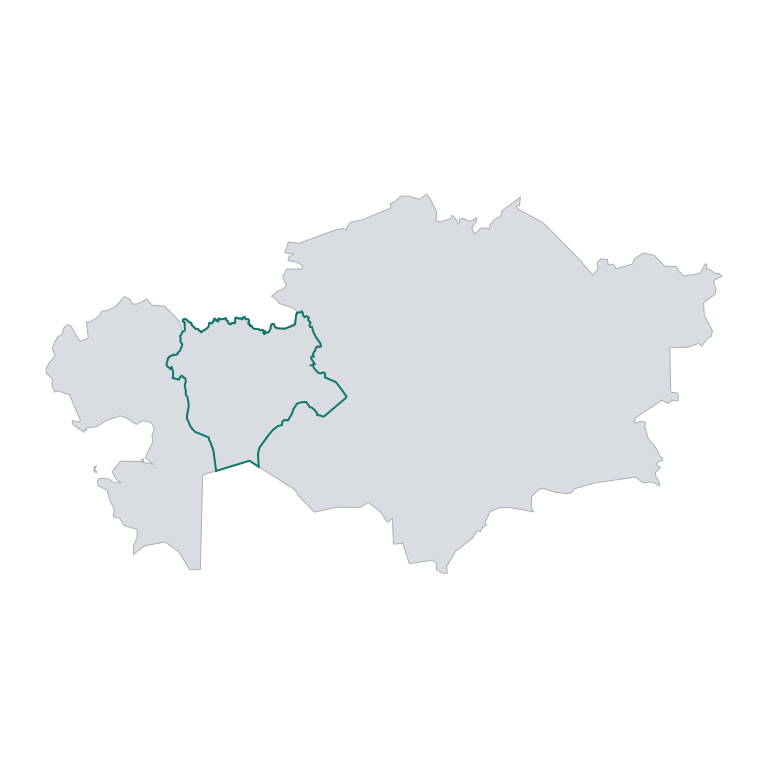 where Aqtöbe sits in Kazakhstan
{"feature_id": "KAZ-3195", "entity_name": "Aqtöbe", "entity_type": "Region", "adm_level": 1, "iso_a3": "KAZ", "parent_name": "Kazakhstan", "parent_adm1": "", "projection": "albers", "projection_center": [57.897, 48.229], "detail": "fine", "context": "in_parent", "style": "outline", "palette": "teal", "viewbox_px": 768, "rotation_deg": 0, "n_neighbors": 0, "source": "natural_earth", "source_scale": "10m", "svg_char_len": 8775}
<svg xmlns="http://www.w3.org/2000/svg" viewBox="0 0 768 768"><path d="M486.5,524.9L482.4,527.6L480.5,531.4L477.1,530.9L472.1,538.4L455.6,551.2L446.6,566.7L447.3,573.1L444.2,573.6L436.4,569.8L436.9,564.0L432.9,560.2L409.3,563.6L402.8,543.3L393.5,544.1L392.5,518.7L387.2,522.2L380.3,511.7L368.3,502.4L360.1,507.4L336.9,507.2L314.4,512.1L298.1,495.4L295.0,489.8L249.6,461.0L202.7,475.0L200.3,569.3L189.7,569.7L179.1,552.1L165.5,542.0L144.9,545.7L133.4,554.4L133.4,546.1L137.0,538.0L137.2,529.4L124.2,525.7L119.4,517.8L113.4,516.9L114.2,509.1L110.4,501.8L107.1,490.1L98.3,485.8L97.2,482.2L98.3,479.2L100.4,478.3L108.7,479.0L114.2,482.8L121.0,482.6L116.9,480.0L112.1,471.7L120.4,461.2L138.8,461.4L152.6,464.2L145.3,457.5L152.8,442.0L152.0,434.6L154.2,429.8L152.7,424.8L150.2,422.1L142.7,420.7L136.3,424.4L127.5,418.5L120.1,415.8L106.3,420.5L96.2,426.8L86.5,427.8L86.4,430.6L85.1,429.8L83.6,430.9L83.9,432.2L73.6,425.1L72.1,422.7L72.5,420.6L78.9,422.1L80.4,420.5L69.6,394.9L58.1,390.9L54.6,392.1L52.0,386.3L52.5,379.0L46.3,373.4L46.1,369.1L48.5,363.5L55.3,355.5L52.3,349.4L53.1,346.0L57.2,337.4L61.9,334.3L64.2,327.5L67.5,324.6L70.7,325.6L79.3,340.3L80.9,341.2L86.5,339.3L88.2,337.3L86.4,321.6L89.4,322.2L98.5,316.8L101.9,311.1L107.3,310.5L115.6,306.4L124.4,296.7L130.1,299.3L132.6,304.0L136.8,304.1L147.0,299.1L152.2,305.3L164.5,306.1L176.8,318.2L181.1,325.1L181.7,330.2L183.0,331.5L184.7,328.3L183.3,320.9L184.9,319.3L196.3,328.6L201.5,330.9L207.5,327.7L209.2,324.4L214.9,320.0L217.0,321.0L223.4,318.9L230.3,323.5L233.7,322.6L236.8,318.3L245.2,319.0L253.8,328.5L263.1,330.2L264.3,333.5L269.0,331.1L272.9,324.1L279.0,328.3L287.4,327.6L294.5,323.0L297.2,313.4L296.6,311.0L293.4,308.1L278.8,303.3L277.4,300.2L271.6,296.2L277.8,291.1L281.6,290.3L286.5,285.3L282.7,276.8L286.7,269.0L301.2,269.0L302.8,267.4L301.6,264.8L295.9,262.0L288.7,260.8L288.1,259.6L289.0,256.7L293.6,254.5L292.6,253.1L289.2,254.0L285.0,252.4L288.4,242.0L299.1,243.4L336.6,229.5L343.6,228.6L346.2,229.8L348.0,225.1L351.3,222.0L362.3,219.8L390.0,208.4L391.1,206.3L390.2,203.6L394.7,201.9L400.6,196.3L408.3,196.0L419.1,199.3L426.7,194.4L429.9,198.4L436.3,211.0L436.8,217.1L435.8,219.9L436.6,221.1L440.5,221.8L450.2,218.8L452.4,215.3L456.3,219.8L458.1,224.2L459.9,222.4L459.1,220.1L459.8,218.8L464.3,218.7L469.7,221.5L476.5,217.9L476.6,220.8L472.1,227.5L472.4,230.3L475.0,233.8L480.9,228.0L486.4,228.0L489.0,229.7L489.7,225.4L494.4,219.7L499.7,216.7L501.6,214.2L501.8,211.0L520.3,197.3L519.5,205.3L516.0,206.0L517.7,209.0L542.9,222.5L579.6,259.7L592.8,275.1L598.3,268.9L597.0,262.9L600.6,258.9L607.4,259.5L608.2,265.2L613.2,264.0L616.1,268.9L632.2,264.1L634.9,258.6L643.3,253.1L654.2,255.3L664.6,266.2L676.5,266.7L678.2,270.7L684.3,276.1L700.2,273.3L705.3,263.7L706.9,265.3L706.5,269.1L710.1,269.8L715.0,273.4L719.3,273.6L721.9,276.2L714.2,280.3L714.0,283.4L716.1,289.3L715.0,294.4L703.6,302.8L704.3,315.4L712.4,330.6L711.3,336.2L707.5,338.4L701.9,346.1L698.7,343.4L687.9,347.3L669.8,347.7L670.7,390.6L671.5,392.4L677.2,393.1L678.4,396.3L678.0,401.0L672.9,400.1L667.8,403.4L661.9,400.1L636.2,417.3L633.8,421.3L636.6,422.8L641.1,421.2L645.7,422.3L644.7,427.0L648.1,438.2L657.3,449.7L659.5,455.8L662.8,458.8L662.6,460.5L660.0,460.6L656.5,463.9L656.9,465.7L660.5,467.3L655.4,472.5L655.5,475.4L660.1,484.5L659.5,485.9L652.6,482.0L643.1,482.9L635.5,477.2L595.0,482.8L574.2,488.9L571.1,492.9L566.0,493.5L555.1,492.2L542.4,488.1L537.9,490.3L531.6,496.6L531.3,507.4L533.5,511.8L509.1,507.5L499.2,507.7L490.1,511.6L485.0,522.7L486.5,524.9ZM96.9,472.0L95.2,472.4L93.7,469.5L94.5,466.8L96.2,466.0L94.5,469.3L96.9,472.0ZM143.4,461.5L141.9,461.0L141.2,459.8L143.2,458.8L143.4,461.5Z" fill="#d9dde1" stroke="#a8b0b8" stroke-width="1"/><path d="M258.7,466.8L257.1,465.8L254.8,464.2L253.0,463.1L251.9,462.3L251.5,462.1L250.1,461.1L249.6,460.9L249.1,460.9L247.7,461.3L246.6,461.6L245.5,462.0L244.4,462.3L243.3,462.6L242.3,462.9L241.3,463.2L240.2,463.6L239.2,463.9L236.9,464.6L234.6,465.3L232.4,465.9L230.1,466.6L228.4,467.2L226.7,467.7L225.0,468.2L223.3,468.8L221.6,469.3L219.9,469.8L218.2,470.3L216.4,470.9L216.1,471.0L216.1,470.9L213.4,450.5L212.2,447.2L211.4,445.3L211.0,443.7L210.6,442.4L209.2,440.2L208.8,437.5L195.2,431.9L191.8,428.4L189.7,425.1L188.3,421.1L186.9,418.9L187.1,415.2L188.7,406.3L188.6,403.2L187.3,396.7L185.7,394.7L185.9,391.9L185.4,388.7L184.7,385.9L185.3,382.7L185.7,382.2L185.8,380.8L185.1,377.9L183.6,377.7L182.9,377.0L182.4,376.0L181.4,375.8L180.7,376.3L179.9,377.5L179.0,379.7L172.7,377.9L173.1,377.1L173.0,375.8L173.1,373.4L172.8,370.5L171.7,367.3L170.4,369.0L169.7,368.6L169.6,367.8L167.7,366.7L166.6,365.5L166.7,362.9L167.7,360.0L167.7,358.4L168.6,358.2L169.3,356.8L170.2,356.1L172.3,355.6L172.8,354.7L173.6,354.7L175.7,354.9L177.6,354.1L177.7,353.0L178.4,352.1L179.5,351.2L180.5,350.0L180.8,348.6L181.6,347.0L181.8,346.0L182.3,344.5L181.9,343.5L181.1,342.9L180.4,341.3L180.7,338.6L180.1,335.9L181.2,334.8L181.6,333.5L182.8,331.6L183.6,331.3L184.5,330.6L185.0,329.8L185.0,329.0L184.5,327.1L184.6,326.6L184.8,325.6L184.8,325.1L184.7,324.9L184.5,324.6L184.5,324.4L184.5,324.2L184.8,323.8L184.9,323.6L184.7,322.5L183.9,322.0L182.9,321.7L182.6,321.3L182.8,321.1L183.1,321.0L183.3,320.7L183.0,319.7L183.2,319.4L183.5,319.3L184.9,318.9L185.3,318.9L185.6,319.0L186.0,319.2L186.6,319.8L187.6,320.4L187.9,320.8L188.4,321.4L188.9,322.0L191.4,322.8L191.6,323.4L191.5,324.4L191.9,325.1L195.4,328.6L195.7,328.9L196.0,329.0L196.3,329.0L197.2,328.8L197.6,328.8L198.0,328.9L198.4,329.2L198.6,329.6L198.7,330.0L198.9,330.4L199.6,330.7L199.9,331.0L200.4,331.7L201.1,332.3L201.6,332.1L202.8,330.9L205.6,329.4L208.0,327.4L208.4,326.9L209.1,323.8L209.3,323.2L209.4,322.8L209.7,322.7L211.0,323.4L211.5,323.5L212.0,323.4L212.3,323.1L212.5,322.7L212.6,321.8L212.8,321.5L213.6,321.4L213.9,321.1L213.9,320.7L213.7,320.0L213.8,319.6L213.9,319.3L214.2,319.0L214.7,318.6L215.2,318.8L216.6,320.9L216.9,321.1L218.1,321.3L218.4,321.3L218.4,321.0L218.3,320.6L218.0,319.8L218.0,319.3L218.2,318.9L218.6,318.7L218.9,318.6L219.3,318.5L219.5,318.6L220.1,319.1L220.5,319.3L221.0,319.3L221.4,319.1L221.8,319.0L222.2,318.9L223.6,319.0L224.3,318.8L225.4,318.2L225.7,318.1L225.9,318.2L226.1,318.8L226.2,319.8L226.3,320.2L226.6,320.4L227.0,320.4L227.3,320.5L227.6,320.7L227.8,321.2L228.0,321.6L228.2,322.5L228.3,322.9L228.5,323.3L228.8,323.6L229.9,324.2L230.3,324.3L230.7,324.3L231.1,324.1L231.4,323.8L231.6,323.4L231.8,323.0L232.2,322.8L232.8,322.9L234.3,323.4L234.9,323.1L235.1,322.3L235.1,321.5L235.0,319.8L235.1,318.8L235.4,318.2L235.6,317.6L236.1,317.5L236.8,318.0L237.1,318.0L237.9,318.0L238.1,318.1L238.3,318.3L238.6,318.7L239.2,318.5L239.4,318.4L240.6,318.2L240.8,318.3L240.8,318.5L241.2,319.0L241.6,319.2L242.1,319.3L242.4,319.0L242.6,318.6L242.8,318.0L243.0,317.5L243.3,317.3L243.7,317.2L244.3,316.8L244.6,317.0L245.1,317.5L245.3,317.9L245.3,318.2L245.4,318.6L245.5,318.9L245.8,319.0L247.8,319.1L248.5,319.4L249.0,320.1L249.1,321.1L249.0,321.6L248.9,322.0L248.6,322.3L248.4,322.6L248.2,322.9L248.3,323.4L248.5,323.9L248.7,324.2L249.0,324.2L249.8,324.2L250.0,324.4L249.9,325.4L249.9,325.8L250.2,326.1L250.6,326.1L251.1,326.0L251.6,325.9L251.9,326.2L252.2,327.1L252.3,327.4L252.6,327.7L253.9,328.6L254.5,328.9L258.9,329.2L259.3,329.3L259.6,329.7L259.8,330.1L260.0,330.3L260.5,330.4L262.0,330.0L262.9,330.0L263.5,330.4L263.9,330.7L264.8,331.1L265.0,331.2L264.9,331.9L264.5,332.1L263.6,332.0L263.2,332.4L263.1,332.8L263.4,333.1L264.4,334.0L264.9,333.7L265.4,333.1L266.0,332.6L266.8,332.5L267.6,332.5L268.4,332.3L269.1,331.6L269.8,330.0L270.0,329.7L270.5,329.0L270.7,328.7L270.7,328.2L270.6,327.3L270.6,326.8L270.7,326.4L271.3,324.6L271.4,324.4L271.6,324.3L272.3,324.0L273.3,323.9L274.1,324.2L274.4,325.1L274.5,326.1L274.9,326.8L275.4,327.4L276.0,327.8L276.9,328.2L283.8,328.8L285.4,328.5L289.9,326.8L294.3,325.0L294.8,324.5L295.1,323.7L295.3,322.6L295.5,320.3L295.6,319.6L296.1,315.2L296.4,314.0L296.9,313.3L297.6,312.8L298.4,312.6L298.2,312.5L298.6,312.4L300.9,312.2L301.8,311.4L302.7,312.8L302.9,314.2L303.4,315.7L304.6,317.2L306.6,316.0L308.9,317.7L308.4,318.4L308.2,320.1L310.5,322.4L309.5,325.0L309.8,326.5L310.4,327.0L311.9,326.9L313.7,332.9L316.7,338.3L320.3,343.2L320.9,346.4L319.4,347.1L317.6,346.3L315.9,347.8L315.2,350.5L313.7,352.3L313.0,354.5L313.8,356.6L311.6,356.6L311.0,357.6L311.3,358.7L314.8,364.1L313.1,364.4L311.4,365.3L313.0,365.7L314.4,368.7L318.4,372.9L321.0,373.4L322.4,372.5L324.6,372.9L325.1,374.7L324.9,377.3L336.0,382.2L341.9,390.0L345.6,395.2L346.5,396.7L345.0,398.7L324.2,416.3L322.6,416.5L320.6,415.6L318.9,415.4L317.2,415.0L317.5,413.9L314.7,410.1L311.9,407.7L309.8,407.1L306.2,402.0L301.3,402.3L297.1,403.6L293.5,409.0L292.1,413.4L288.0,420.3L284.0,420.1L282.3,421.9L281.9,425.0L277.7,426.2L273.4,429.5L269.1,434.3L259.4,447.7L258.0,454.1L258.7,466.8Z" fill="none" stroke="#0f766e" stroke-width="2"/></svg>